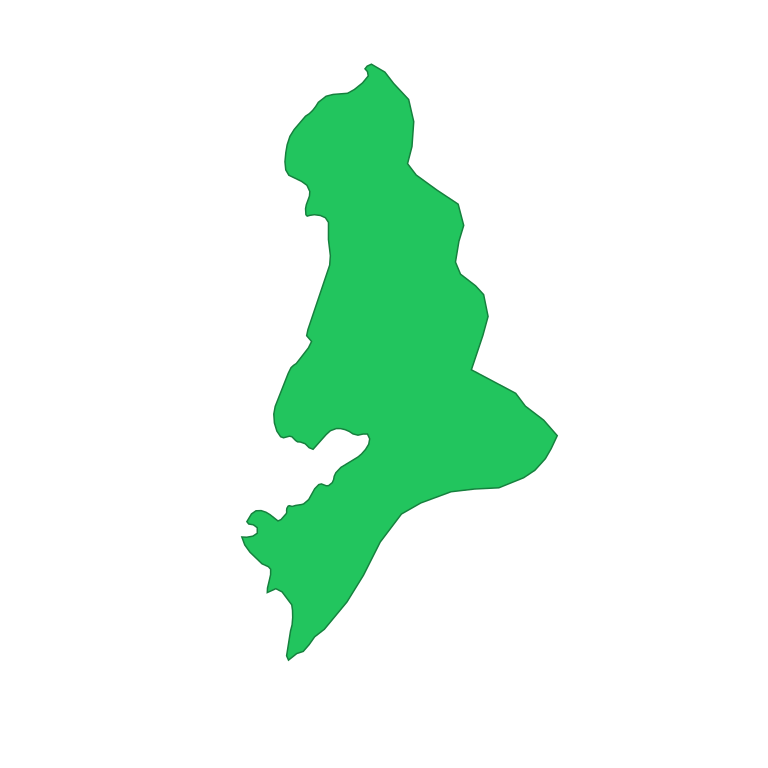 outline of Mandiana, rotated 202°
{"feature_id": "GIN-5654", "entity_name": "Mandiana", "entity_type": "Prefecture", "adm_level": 1, "iso_a3": "GIN", "parent_name": "Guinea", "parent_adm1": "", "projection": "equal_earth", "projection_center": [-8.495, 10.8], "detail": "fine", "context": "isolated", "style": "filled", "palette": "green", "viewbox_px": 768, "rotation_deg": 202, "n_neighbors": 0, "source": "natural_earth", "source_scale": "10m", "svg_char_len": 2209}
<svg xmlns="http://www.w3.org/2000/svg" viewBox="0 0 768 768"><g transform="rotate(202 384 384)"><path d="M557.1,602.9L554.5,606.7L552.6,611.0L551.3,615.6L550.4,620.6L545.5,629.1L539.7,633.4L526.7,639.9L521.9,645.8L516.7,655.1L514.0,663.7L516.4,667.5L519.7,669.1L518.7,672.4L515.5,675.8L500.0,673.5L487.7,666.3L467.7,657.0L454.7,638.4L447.0,614.6L444.7,597.1L432.4,589.8L407.9,583.7L382.6,578.5L369.5,560.9L368.0,544.4L363.4,523.8L354.2,514.5L335.8,509.3L325.1,504.2L312.8,485.6L310.5,466.0L308.3,429.9L258.4,424.7L244.6,416.4L222.4,410.3L204.0,401.0L204.8,386.5L206.4,375.2L211.7,360.7L219.4,349.4L238.6,330.8L260.8,320.5L281.5,309.2L305.3,287.5L319.1,270.0L328.3,236.0L331.4,198.9L336.7,168.0L347.4,134.3L353.6,123.6L355.8,114.2L358.7,105.8L363.9,101.4L369.1,92.2L372.5,95.5L378.2,120.2L379.0,126.3L381.2,133.3L384.0,139.8L386.8,144.7L400.7,153.1L407.6,153.7L414.1,146.9L415.6,151.2L416.7,158.5L417.7,164.7L419.7,169.8L422.7,171.3L429.8,171.6L445.2,177.8L452.8,182.6L458.5,188.9L453.9,190.5L448.6,193.8L445.6,198.2L447.7,203.3L452.4,204.5L457.0,203.5L459.6,205.0L458.2,213.9L455.2,218.5L450.5,220.6L445.4,220.9L440.9,220.2L431.0,217.3L428.7,219.7L426.0,227.4L426.2,228.7L427.0,230.4L427.5,232.4L427.1,234.9L426.2,235.7L423.7,236.0L422.8,236.4L420.6,238.2L415.4,241.3L413.6,242.7L410.5,248.7L409.0,260.9L406.8,266.3L404.6,267.9L399.4,268.0L397.3,269.0L395.0,273.2L394.9,276.5L395.6,279.8L395.4,283.7L392.7,290.6L380.9,306.4L378.6,310.7L376.6,316.4L375.6,322.4L376.7,327.8L380.6,331.4L384.6,329.8L389.0,326.8L394.1,326.1L398.4,327.0L403.0,327.1L407.5,326.4L411.6,324.8L416.2,320.6L418.7,315.4L425.3,296.9L429.5,296.9L434.7,299.1L439.8,298.9L442.5,298.0L444.8,298.5L449.6,300.6L452.1,300.2L457.0,296.5L460.1,296.4L465.7,300.2L471.0,306.8L474.9,314.8L476.5,322.5L476.8,358.0L476.3,364.4L474.8,367.5L473.0,370.1L467.6,389.2L467.1,396.3L473.8,399.8L474.9,405.9L478.9,473.9L481.8,482.9L489.6,497.1L496.0,513.0L500.6,516.2L506.1,516.4L512.0,514.9L515.9,512.6L518.1,510.9L519.8,511.7L522.4,517.1L523.2,521.2L523.5,530.3L524.9,534.7L529.9,539.4L536.5,541.0L550.4,541.9L555.3,545.7L559.1,553.0L561.7,561.7L563.4,569.5L564.0,578.4L562.6,586.4L557.1,602.9Z" fill="#22c55e" stroke="#15803d" stroke-width="1.5"/></g></svg>